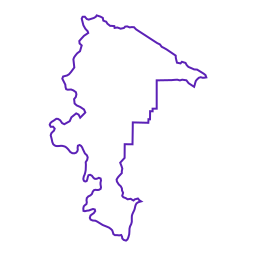 the district of Agudo, Rio Grande do Sul, Brazil
{"feature_id": "56859067B5198359273903", "entity_name": "Agudo", "entity_type": "district", "adm_level": 2, "iso_a3": "BRA", "parent_name": "Brazil", "parent_adm1": "Rio Grande do Sul", "projection": "natural_earth1", "projection_center": [-53.238, -29.642], "detail": "fine", "context": "isolated", "style": "outline", "palette": "violet", "viewbox_px": 256, "rotation_deg": 0, "n_neighbors": 0, "source": "geoboundaries", "source_scale": "gbopen_adm2", "svg_char_len": 3325}
<svg xmlns="http://www.w3.org/2000/svg" viewBox="0 0 256 256"><path d="M157.2,43.1L137.5,30.3L136.0,29.3L134.0,27.2L131.5,27.1L129.7,27.4L127.2,26.4L125.2,26.6L123.9,28.0L120.6,28.7L119.1,28.1L117.3,27.5L114.6,27.9L114.3,26.1L111.9,25.9L110.2,25.9L107.4,23.7L106.2,21.7L104.7,21.2L103.3,20.6L102.8,17.9L100.4,16.6L96.7,15.4L95.8,16.8L93.8,18.0L88.7,19.6L86.8,19.0L84.8,16.7L82.6,16.8L81.7,18.7L83.4,25.3L85.3,28.7L87.7,31.3L88.2,33.0L84.0,35.8L81.5,38.5L79.3,41.0L79.6,43.5L81.7,45.4L80.0,51.2L77.2,53.3L75.4,55.5L74.1,57.4L73.4,59.3L74.3,67.5L71.0,72.0L69.0,74.3L67.0,75.5L63.1,76.5L62.3,78.7L65.3,84.6L65.6,87.4L66.2,89.2L67.7,89.7L71.1,89.5L73.4,90.4L75.9,92.2L76.4,94.4L75.8,97.0L74.1,99.1L74.6,103.5L76.7,105.4L80.3,107.0L84.0,109.5L85.3,112.5L80.2,117.7L78.6,114.6L76.2,113.4L71.4,117.3L69.7,121.2L64.3,124.2L62.1,123.1L60.2,120.3L58.0,118.9L56.3,118.8L53.6,120.7L51.6,121.9L50.4,123.1L49.7,124.8L50.7,126.8L53.1,126.7L54.7,128.6L54.0,130.6L52.7,131.8L51.3,133.3L50.7,135.3L51.5,138.3L51.9,140.0L52.3,142.0L53.2,144.2L54.6,145.4L56.0,146.0L57.4,146.1L59.2,146.0L61.0,145.8L62.4,145.9L64.1,146.3L65.4,146.8L66.7,147.8L68.2,149.3L69.3,150.7L70.3,152.0L72.3,153.2L74.5,153.3L76.1,152.7L77.3,151.3L77.8,149.7L77.6,147.9L77.9,145.7L79.6,145.0L81.1,145.9L82.2,147.5L82.8,149.0L84.9,153.4L86.9,155.3L87.7,157.3L87.2,159.8L85.7,162.2L85.9,164.7L85.8,167.3L85.7,170.1L85.3,172.3L84.6,174.7L83.8,176.4L83.3,179.0L83.9,180.8L85.2,181.5L86.6,181.1L87.3,179.4L87.8,177.1L88.5,175.2L90.1,174.8L91.9,175.7L93.3,177.6L94.5,178.7L96.0,178.9L97.5,178.5L98.8,177.8L100.6,178.5L101.0,180.5L100.5,182.6L100.5,184.3L101.0,187.3L100.6,188.9L98.8,189.9L97.1,190.0L95.3,189.8L93.9,190.2L92.8,191.6L91.9,194.0L90.4,195.4L88.3,196.4L86.8,198.1L86.5,200.3L86.8,202.3L86.4,204.1L84.9,205.2L83.8,206.3L83.3,208.3L83.5,210.9L84.9,211.2L86.9,210.7L88.9,210.5L90.6,209.8L93.0,209.0L94.8,209.5L95.2,211.1L93.7,213.2L92.2,214.2L90.5,215.5L89.8,217.9L90.6,219.6L92.7,220.5L95.4,220.7L97.2,221.6L102.7,225.0L104.7,225.8L106.7,226.6L109.0,227.6L110.9,229.0L112.2,230.3L112.8,232.0L113.4,234.1L114.9,235.1L117.0,235.1L119.2,235.4L121.2,235.0L122.0,236.6L122.3,238.5L123.7,239.9L126.0,240.6L127.4,239.5L128.3,237.5L129.2,234.3L129.4,231.6L129.5,228.7L130.0,226.5L131.2,224.1L131.8,221.8L131.8,219.2L131.8,217.5L131.9,215.7L132.4,214.1L133.3,212.1L134.1,210.5L134.7,208.8L135.1,206.9L135.6,205.1L136.5,203.4L138.3,202.2L141.1,201.4L139.4,200.3L137.9,198.5L134.7,199.4L133.5,200.5L132.2,199.8L130.7,198.8L127.6,199.3L125.7,198.1L123.3,197.2L122.2,195.8L123.1,192.9L122.0,190.4L121.9,188.4L120.8,186.3L118.8,184.5L116.9,181.5L116.6,179.5L117.9,177.4L119.0,176.1L121.8,173.1L121.8,171.1L122.3,168.6L121.4,165.8L120.8,164.3L120.2,162.7L124.6,157.9L124.7,144.2L132.5,144.3L132.7,131.3L132.8,122.4L148.3,122.8L148.5,119.2L150.0,119.3L150.1,111.2L152.6,111.3L152.6,108.7L156.7,108.7L156.7,92.1L156.7,80.3L160.0,80.3L171.9,80.1L174.0,79.9L177.3,79.7L179.9,80.4L182.2,79.7L186.4,80.3L188.6,83.2L194.1,86.8L194.7,84.9L195.1,83.3L195.8,81.0L196.8,79.7L198.8,77.8L200.7,77.2L202.8,77.8L204.4,77.7L206.3,77.4L205.5,75.1L203.6,73.6L197.1,69.6L194.1,69.4L191.9,68.4L188.4,66.9L186.7,65.1L185.5,62.9L181.9,61.8L180.5,63.4L177.0,62.7L176.3,60.1L175.8,57.8L175.7,55.6L166.7,49.5L163.9,47.9L161.7,46.8L159.9,44.4L157.2,43.1Z" fill="none" stroke="#5b21b6" stroke-width="2"/></svg>